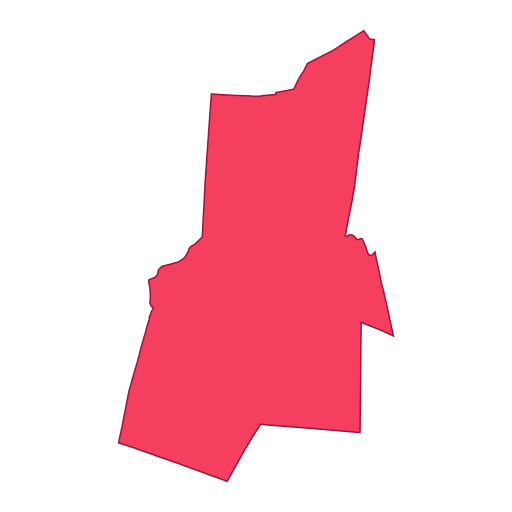 Ramnicelu, Buzau, Romania
{"feature_id": "2599482B19117099311007", "entity_name": "Ramnicelu", "entity_type": "district", "adm_level": 2, "iso_a3": "ROU", "parent_name": "Romania", "parent_adm1": "Buzau", "projection": "albers", "projection_center": [27.132, 45.371], "detail": "fine", "context": "isolated", "style": "filled", "palette": "rose", "viewbox_px": 512, "rotation_deg": 0, "n_neighbors": 0, "source": "geoboundaries", "source_scale": "gbopen_adm2", "svg_char_len": 3959}
<svg xmlns="http://www.w3.org/2000/svg" viewBox="0 0 512 512"><path d="M227.2,481.3L228.5,478.9L229.0,478.0L231.1,474.2L242.8,453.2L252.9,436.1L253.5,435.4L259.5,426.1L260.5,424.1L266.8,424.9L297.2,427.3L306.8,428.1L315.3,428.7L334.6,430.4L358.2,432.4L360.0,432.6L360.1,427.5L360.1,423.7L360.3,406.1L360.4,399.6L360.6,380.8L360.8,353.9L361.0,333.8L361.2,322.4L377.4,328.8L382.7,331.0L393.3,335.9L393.2,335.6L392.9,333.9L392.8,333.5L392.5,331.6L392.3,330.9L391.5,327.1L390.7,323.3L390.4,322.2L389.8,319.6L389.3,317.0L388.5,313.2L388.4,312.4L387.9,310.5L387.6,309.2L387.3,307.8L386.5,303.9L386.0,301.8L385.1,297.9L384.3,294.4L383.5,290.9L382.6,287.4L381.9,285.1L381.3,282.1L380.7,279.5L380.1,276.5L379.9,275.3L379.4,272.9L379.1,271.4L378.3,267.9L377.9,266.2L377.6,264.5L377.1,262.6L376.5,259.8L375.8,256.5L375.7,256.0L375.7,255.6L375.3,253.6L375.0,252.0L373.6,253.5L372.4,254.8L370.9,255.3L370.3,255.3L369.9,255.2L369.1,255.0L368.8,254.9L368.5,254.8L368.3,254.4L368.1,253.7L367.6,252.7L367.2,251.3L365.5,246.3L362.2,238.7L361.1,238.5L360.1,238.7L358.9,239.4L358.1,239.7L356.8,239.3L355.7,238.2L354.5,236.6L352.6,235.2L351.0,234.7L350.0,234.6L348.7,235.3L346.5,236.5L345.3,236.1L346.0,231.6L347.6,223.1L350.1,210.6L350.3,209.6L350.4,209.3L351.1,205.8L351.8,201.9L352.2,199.9L352.4,198.5L353.4,192.8L354.9,184.0L354.9,183.4L356.5,170.3L357.2,164.6L357.9,159.3L358.4,154.6L358.6,153.5L359.4,148.0L360.0,144.5L360.3,141.8L360.9,138.2L361.3,135.6L361.8,131.9L362.4,128.2L362.9,124.6L364.3,114.7L365.3,107.8L365.5,106.7L366.5,99.6L367.0,96.0L367.4,93.7L368.0,89.0L368.9,83.2L369.2,81.2L369.2,80.9L370.4,71.0L370.9,66.9L371.9,59.9L372.1,58.5L372.3,56.9L373.1,50.8L374.0,44.4L374.0,43.9L374.4,39.5L373.8,39.5L370.0,39.2L369.1,38.4L367.5,36.1L365.4,33.0L364.5,31.7L363.8,30.7L353.8,37.0L346.9,41.2L336.8,48.0L332.3,50.8L307.5,63.4L303.3,71.8L302.2,73.2L301.4,74.4L299.7,77.2L297.8,80.6L294.1,88.4L293.9,89.1L285.0,90.9L275.9,92.5L275.8,94.5L274.5,94.6L267.7,95.2L263.0,95.6L261.9,95.8L260.5,96.1L259.2,96.3L257.7,96.2L256.3,96.2L255.1,96.2L254.1,96.3L253.3,96.3L252.9,96.3L252.1,96.2L250.8,96.0L250.2,95.9L246.4,95.8L240.3,95.6L232.8,95.3L231.3,95.2L223.2,94.8L217.9,94.4L211.4,94.0L211.3,95.5L210.6,104.3L205.2,181.2L205.0,185.3L204.0,204.5L202.4,233.7L202.3,237.1L198.4,240.8L194.4,244.6L191.1,246.3L189.0,248.5L188.1,252.0L184.3,257.9L180.0,260.9L178.3,262.1L177.6,262.2L174.6,262.9L170.8,264.1L162.0,266.3L158.6,269.7L157.4,274.7L155.0,277.3L150.2,279.2L149.0,279.7L148.6,282.0L148.8,282.8L149.0,283.7L149.8,287.1L149.9,289.1L150.1,291.5L150.4,296.3L150.3,297.8L150.2,299.3L149.9,302.3L150.3,304.6L151.6,306.6L152.1,307.0L152.6,307.3L153.0,307.5L153.3,307.7L153.2,308.1L153.1,308.5L152.9,309.0L152.7,309.4L152.4,309.9L152.2,310.2L151.8,310.7L151.4,311.5L151.2,312.1L151.0,312.7L150.8,313.4L150.7,314.0L150.6,314.4L150.2,315.1L149.9,315.4L149.7,315.8L149.6,316.1L149.5,316.5L149.4,317.1L149.3,317.5L149.2,317.9L149.2,318.2L149.3,318.5L149.5,318.9L149.4,319.3L149.1,320.1L148.7,321.0L147.9,323.3L147.5,324.7L147.0,326.6L146.5,328.2L146.1,329.7L146.0,330.4L145.3,332.9L144.7,335.2L144.4,336.0L144.1,336.9L143.7,338.1L143.6,339.3L143.1,340.4L141.0,347.8L140.3,350.4L140.0,351.3L139.9,351.9L139.7,352.5L139.7,352.9L139.5,353.8L139.4,354.7L138.1,358.8L138.0,359.2L137.8,360.2L137.2,362.3L135.4,368.6L134.7,370.7L133.7,374.3L132.8,377.5L131.5,382.2L131.0,383.9L129.0,390.7L127.8,397.0L126.8,402.1L124.9,411.8L123.5,419.2L123.2,420.5L121.9,427.5L121.5,429.1L120.3,434.7L119.6,437.6L119.2,439.4L118.9,441.8L118.7,442.6L118.7,442.9L119.4,443.1L120.9,443.6L122.1,444.0L124.0,444.6L132.5,447.4L134.2,447.9L136.1,448.5L136.8,448.9L137.9,449.3L138.9,449.6L140.2,450.1L145.0,451.8L147.8,452.8L150.1,453.6L154.4,455.1L156.5,455.9L158.7,456.7L162.6,458.0L173.9,462.0L179.3,463.8L185.4,466.1L199.4,471.2L203.8,472.8L208.2,474.5L210.5,475.3L214.8,476.8L215.7,477.1L217.7,477.9L218.3,478.1L220.5,478.9L222.8,479.7L227.2,481.3Z" fill="#f43f5e" stroke="#9f1239" stroke-width="1.5"/></svg>